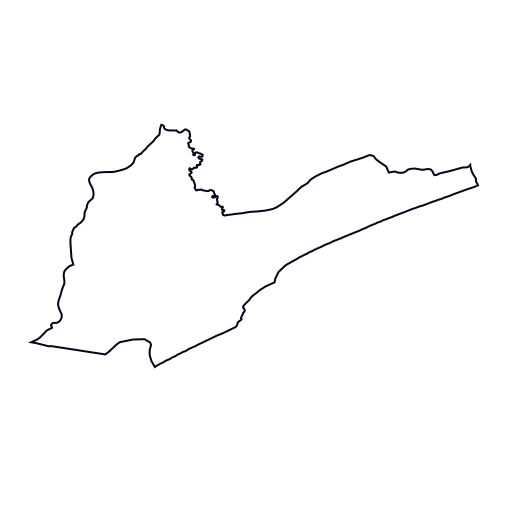 Mueang Narathiwat, Narathiwat, Thailand, rotated 100°
{"feature_id": "78962969B31308774945788", "entity_name": "Mueang Narathiwat", "entity_type": "district", "adm_level": 2, "iso_a3": "THA", "parent_name": "Thailand", "parent_adm1": "Narathiwat", "projection": "natural_earth1", "projection_center": [101.803, 6.43], "detail": "fine", "context": "isolated", "style": "outline", "palette": "ink", "viewbox_px": 512, "rotation_deg": 100, "n_neighbors": 0, "source": "geoboundaries", "source_scale": "gbopen_adm2", "svg_char_len": 6132}
<svg xmlns="http://www.w3.org/2000/svg" viewBox="0 0 512 512"><g transform="rotate(100 256 256)"><path d="M137.1,157.7L136.8,161.6L140.7,168.0L146.6,179.3L151.0,185.9L154.1,191.3L156.1,194.2L160.5,201.0L163.2,205.7L166.6,210.3L168.0,212.0L171.3,215.5L175.2,217.8L178.4,221.4L180.4,223.7L184.9,226.9L194.6,234.7L197.2,236.7L199.2,238.5L204.6,244.3L206.2,246.7L207.5,249.3L209.7,254.9L211.6,261.3L213.7,270.0L216.3,277.1L218.2,283.9L219.4,287.4L220.5,291.0L221.6,294.2L221.2,295.6L220.0,296.2L219.2,296.8L218.7,296.7L218.4,296.4L217.7,295.3L217.1,295.1L216.6,295.2L216.3,295.7L216.3,296.3L216.5,297.1L216.2,297.6L215.1,297.7L214.1,297.1L213.5,297.2L213.4,297.4L213.3,297.8L213.6,299.4L212.4,301.2L212.0,303.7L211.7,303.7L210.3,302.9L209.9,303.0L208.7,303.8L208.3,303.7L206.7,304.3L206.0,304.3L204.9,303.8L204.4,303.8L204.0,304.1L203.8,304.6L203.8,305.1L204.1,305.7L205.3,306.8L205.9,308.1L205.9,308.8L205.4,309.5L205.1,309.5L204.7,309.3L204.3,308.6L203.9,307.2L203.6,306.9L203.3,306.8L202.7,307.0L201.5,308.1L199.9,308.7L199.3,309.7L199.0,310.7L198.9,312.0L199.2,312.9L199.6,313.4L200.1,313.8L200.6,315.3L200.5,317.5L200.6,319.6L200.0,321.4L200.5,322.6L200.9,324.7L201.7,325.8L201.6,326.5L199.5,328.3L199.0,328.4L197.9,328.1L196.7,328.3L192.5,330.7L192.2,331.2L191.9,332.3L191.3,332.7L190.7,332.7L189.8,333.1L189.4,333.5L188.2,335.5L187.8,335.7L187.4,335.8L187.0,335.6L185.4,334.0L184.6,334.0L184.3,334.2L183.2,336.4L182.7,336.8L181.7,336.8L181.2,336.6L181.2,336.0L181.7,335.0L181.8,334.4L181.7,334.0L181.4,333.5L179.8,332.3L179.4,330.0L179.0,329.6L178.3,329.4L177.7,330.0L177.1,330.0L176.7,329.9L176.4,329.2L176.2,327.7L175.9,327.1L175.6,326.8L175.0,326.7L174.2,327.4L173.5,327.4L173.1,327.3L171.6,325.7L171.2,325.5L170.6,325.5L170.3,325.8L170.2,326.2L170.1,327.9L170.0,328.5L169.6,329.4L169.0,329.9L168.4,329.7L167.8,329.2L167.8,327.3L167.6,326.4L166.9,326.0L166.0,325.9L165.7,326.1L165.2,327.0L164.8,328.6L164.7,330.4L164.2,331.3L164.2,331.7L164.5,333.4L164.9,333.7L165.8,333.8L166.9,333.7L167.2,333.8L167.5,334.3L167.4,335.1L167.2,335.4L166.9,335.5L166.3,335.2L165.6,335.3L164.0,336.8L163.3,336.9L162.6,336.7L161.7,335.7L161.3,335.6L161.1,336.1L161.3,337.7L161.3,338.3L161.2,338.9L160.2,341.0L159.9,341.2L158.9,341.2L157.1,342.3L156.7,342.4L156.2,342.1L155.1,340.3L154.7,340.0L153.9,339.9L153.5,340.1L151.8,342.2L150.9,342.3L150.0,341.8L149.3,341.7L145.1,343.2L144.9,343.4L144.5,344.2L143.6,346.8L143.5,347.4L143.7,347.9L146.7,350.7L147.6,352.2L147.8,353.3L147.7,353.7L146.1,356.2L146.7,358.0L146.7,359.8L147.3,362.1L147.5,365.3L147.1,366.5L147.0,367.3L146.8,367.8L145.8,368.8L144.4,369.1L143.7,369.8L143.3,371.1L143.3,372.1L147.6,372.6L152.5,372.2L153.8,372.4L155.2,373.8L158.2,375.8L160.5,376.8L166.7,381.5L170.6,383.8L172.4,385.3L175.4,387.1L175.9,388.5L176.5,389.1L177.2,389.1L177.7,389.7L178.3,390.8L180.0,392.0L182.2,392.4L184.9,392.7L188.0,394.5L190.8,397.3L192.2,398.9L193.4,400.9L195.7,405.5L197.3,409.3L198.1,411.6L199.6,419.4L201.1,425.3L202.3,428.2L203.9,430.5L206.1,432.3L207.3,433.1L209.1,433.7L210.7,433.5L213.2,432.3L216.7,429.6L219.1,428.1L221.1,427.3L223.1,426.7L225.2,426.6L227.1,426.8L228.4,427.4L230.6,429.4L232.6,430.6L234.5,431.1L236.1,431.3L237.5,431.0L238.9,431.3L241.3,432.1L242.8,432.2L244.4,432.3L246.6,431.8L249.7,432.2L251.2,432.9L253.3,434.2L255.6,436.6L257.0,437.5L258.5,438.3L259.4,439.5L260.5,440.2L264.5,441.2L265.8,440.8L269.8,441.7L271.7,441.6L275.5,441.0L289.9,437.4L296.2,434.4L298.2,437.7L299.9,439.3L302.4,441.1L304.3,442.0L306.3,442.2L307.8,442.1L309.4,441.8L314.4,440.2L316.9,440.0L322.4,441.2L329.2,441.8L333.5,442.6L336.8,442.7L338.8,442.3L340.9,441.4L342.3,440.6L347.3,437.2L348.9,436.8L351.0,436.8L352.9,437.4L354.1,438.0L355.6,439.3L356.3,440.4L356.7,441.6L357.1,444.3L357.8,444.9L359.1,445.7L359.7,445.8L360.2,445.7L361.6,444.5L362.1,444.4L362.4,444.6L364.1,447.1L366.0,449.4L368.6,451.0L373.9,454.7L375.1,455.8L376.4,457.2L380.0,462.4L380.0,457.0L380.9,444.6L380.3,441.7L379.1,387.3L375.6,384.1L367.2,377.8L364.5,375.1L359.6,362.6L357.3,351.4L359.6,345.2L362.0,343.9L367.0,344.4L372.0,343.5L377.4,340.9L382.9,336.3L382.6,336.0L382.1,335.7L378.3,331.0L377.1,329.2L374.8,326.6L373.3,324.4L373.1,323.8L372.5,323.3L371.7,322.1L370.2,320.5L369.2,318.9L368.8,318.2L366.9,316.3L364.6,312.9L363.6,311.9L361.7,308.7L358.7,305.3L357.8,303.7L356.6,302.2L355.3,299.9L353.9,298.5L351.0,294.3L343.5,283.9L341.2,280.7L337.8,275.2L329.7,264.0L328.5,263.1L327.1,262.7L326.0,262.4L325.7,262.6L325.1,262.6L323.3,261.4L321.6,259.6L320.9,259.2L320.5,259.3L319.8,260.0L319.2,260.0L315.6,258.9L314.0,258.7L313.0,257.9L311.7,257.6L311.1,257.7L309.9,258.6L309.5,259.4L308.5,259.9L306.8,259.5L305.6,258.7L300.2,254.8L298.5,254.2L296.2,252.7L294.0,250.8L292.4,249.2L288.9,246.3L284.3,241.3L278.8,233.2L274.5,233.0L272.4,232.3L268.2,231.2L264.7,228.8L263.8,228.0L261.4,226.4L258.7,223.8L255.9,220.2L255.4,219.9L255.1,219.5L253.7,217.4L253.2,217.1L252.6,216.1L252.1,215.7L250.2,213.4L249.4,212.7L248.4,210.9L247.4,209.9L247.1,209.3L246.1,208.1L245.2,206.6L243.6,204.9L243.3,204.2L242.5,203.3L241.1,201.0L239.7,199.7L238.8,197.9L238.0,197.0L235.0,192.4L233.6,190.8L231.6,187.6L230.8,186.0L229.0,183.8L227.6,181.8L225.9,178.9L225.6,178.5L225.2,177.7L224.9,177.4L223.9,175.4L223.0,174.6L222.2,172.9L221.3,171.8L216.4,163.9L215.7,162.9L213.7,159.4L211.3,156.1L209.8,153.6L208.3,151.4L207.0,149.9L203.4,144.0L202.2,142.5L200.3,139.0L198.8,137.2L196.8,133.5L196.4,133.1L193.5,128.0L192.8,127.2L186.6,116.8L182.4,110.0L181.5,108.2L178.6,103.2L177.4,100.6L171.9,91.4L169.9,87.7L169.2,86.7L167.3,82.8L165.9,80.9L163.5,76.4L161.8,73.5L161.2,72.8L153.9,60.1L150.7,54.1L147.9,49.6L146.8,50.3L144.4,52.3L143.8,52.5L142.3,52.6L141.2,53.2L138.0,56.2L136.3,57.5L134.1,58.8L130.9,60.3L129.1,60.8L130.4,61.5L131.5,62.8L132.1,63.8L133.0,68.0L137.1,76.5L139.3,81.3L142.1,88.0L143.1,90.0L144.7,92.0L145.4,94.3L143.9,95.7L142.1,96.8L140.5,98.8L140.4,101.2L140.9,103.3L141.8,105.6L142.3,107.8L142.3,114.8L142.8,116.9L143.4,118.9L144.4,121.2L146.2,122.7L147.7,124.4L148.8,126.9L149.1,129.0L149.1,131.5L148.7,134.1L150.7,139.7L145.2,143.4L142.2,150.2L139.9,154.6L137.1,157.7Z" fill="none" stroke="#020617" stroke-width="2"/></g></svg>